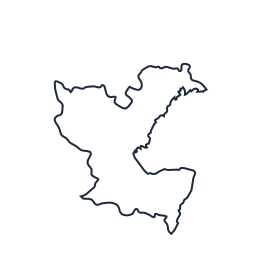 an SVG outline of Ryanggang, rotated 115°
{"feature_id": "PRK-3314", "entity_name": "Ryanggang", "entity_type": "Province", "adm_level": 1, "iso_a3": "PRK", "parent_name": "North Korea", "parent_adm1": "", "projection": "albers", "projection_center": [127.851, 41.225], "detail": "fine", "context": "isolated", "style": "outline", "palette": "slate", "viewbox_px": 256, "rotation_deg": 115, "n_neighbors": 0, "source": "natural_earth", "source_scale": "10m", "svg_char_len": 4543}
<svg xmlns="http://www.w3.org/2000/svg" viewBox="0 0 256 256"><g transform="rotate(115 128 128)"><path d="M193.0,42.4L200.5,42.7L205.6,44.0L205.4,44.9L204.5,47.2L203.1,48.7L199.7,50.9L198.3,52.5L197.4,54.5L196.8,55.5L196.1,56.1L195.0,56.2L193.0,55.4L191.9,55.7L192.2,58.0L192.4,59.0L193.4,61.7L193.6,62.6L193.8,63.5L193.8,65.3L193.9,66.2L194.3,66.9L194.9,67.1L196.8,66.4L197.5,66.5L198.1,67.3L198.2,68.5L197.8,71.2L197.7,72.6L197.7,76.2L197.9,77.6L198.4,78.7L199.5,80.7L199.7,81.9L199.2,83.3L198.3,84.4L197.7,85.4L198.1,86.6L199.2,87.2L203.3,87.5L205.4,88.9L207.3,91.4L208.5,94.4L208.7,97.3L207.2,100.0L204.9,101.9L202.9,104.0L202.1,107.4L202.6,110.9L203.9,114.2L207.3,119.7L208.3,120.8L209.5,121.8L210.4,123.0L210.9,124.6L210.6,126.2L208.9,129.0L208.3,130.5L208.7,133.5L210.0,136.3L210.9,139.0L209.9,141.8L207.7,139.3L204.7,137.5L196.5,133.8L195.3,133.5L194.1,133.6L192.2,134.2L191.3,134.2L188.0,133.2L186.9,133.3L186.6,134.6L186.7,135.9L186.6,137.7L186.4,139.4L186.1,140.7L185.1,141.8L181.9,143.0L180.6,143.8L179.8,145.2L178.4,148.1L177.4,149.4L175.1,150.6L172.4,150.7L169.5,150.5L167.0,150.7L165.7,152.2L166.1,155.0L167.2,158.2L167.8,161.0L167.6,162.7L166.6,166.2L166.3,168.0L166.1,171.7L165.9,173.5L165.5,175.3L164.9,176.5L163.7,178.7L163.3,179.9L162.9,183.9L162.5,185.1L161.6,186.4L157.9,189.7L156.7,191.0L153.6,195.9L151.6,198.0L149.3,198.3L147.0,197.2L145.0,195.2L144.0,194.4L142.9,194.2L141.7,194.3L135.5,196.5L134.4,197.4L133.7,198.5L133.1,199.9L132.7,201.6L132.0,203.2L130.9,204.5L123.7,210.3L118.6,213.2L117.2,213.6L116.3,213.4L115.8,212.3L115.7,210.4L115.8,207.5L116.0,206.3L116.7,205.0L118.2,203.3L118.6,202.5L118.8,201.1L118.7,199.6L118.3,198.5L118.3,197.4L119.2,196.2L119.7,195.1L118.7,194.7L116.2,194.6L115.2,194.4L114.4,194.0L113.7,193.4L113.1,192.4L112.6,190.7L112.1,186.9L111.4,185.4L110.5,184.6L109.6,184.1L108.7,183.5L107.9,182.3L104.7,176.6L104.3,175.3L103.9,172.6L103.4,171.2L102.3,170.2L101.0,169.8L99.9,169.3L99.7,168.0L100.4,166.8L101.5,165.8L106.3,161.9L107.6,159.6L107.4,156.9L105.5,153.8L105.1,152.5L106.2,151.9L108.5,151.8L109.7,151.4L110.6,150.6L111.2,149.4L111.5,147.9L112.0,144.0L112.1,140.6L111.1,138.1L108.3,136.7L103.0,135.5L101.0,136.3L99.7,139.4L99.3,141.5L98.9,143.2L98.0,144.5L96.5,145.0L93.2,144.7L90.0,144.0L90.1,141.8L90.0,139.0L89.6,136.3L88.9,134.4L87.2,133.1L85.0,133.1L82.7,133.9L80.9,135.2L79.8,136.7L79.0,138.2L78.0,139.6L76.4,140.6L75.4,140.7L72.3,139.8L69.9,139.6L68.9,139.2L64.4,136.2L63.0,134.8L62.0,132.8L61.6,129.9L61.3,128.6L60.5,127.5L59.6,126.4L59.5,125.7L59.8,125.1L60.1,124.1L59.5,122.4L56.9,120.2L56.1,118.2L55.6,114.6L55.3,112.8L54.7,111.2L53.3,108.8L53.1,108.1L53.4,107.4L54.4,106.3L54.6,105.5L54.2,104.6L53.4,104.3L52.6,104.3L51.9,104.5L49.1,105.8L47.7,105.8L46.3,104.6L45.8,103.4L45.3,101.8L45.1,100.2L45.3,98.9L46.2,97.8L47.2,97.6L49.5,97.9L50.9,97.6L51.6,96.8L52.1,95.6L52.9,94.1L54.1,93.2L55.5,92.5L56.7,91.7L57.4,90.1L57.4,89.3L57.3,88.5L56.9,87.0L56.6,84.7L56.5,82.2L57.1,79.1L58.3,76.3L59.7,73.7L60.0,73.1L62.6,75.2L63.3,75.1L63.6,76.5L65.2,79.2L65.9,80.5L64.6,80.4L63.7,80.8L63.4,81.8L63.7,83.3L64.5,84.4L65.6,85.2L68.0,86.2L67.8,86.6L67.4,87.6L68.7,87.9L72.7,89.5L73.8,90.5L72.1,91.2L70.4,92.1L69.0,93.5L67.9,95.4L68.5,95.5L69.2,95.7L69.8,96.1L70.2,97.1L70.8,96.9L71.9,96.2L72.6,96.4L73.0,96.9L73.3,97.4L73.7,97.6L74.3,97.1L75.4,95.0L75.9,94.6L77.0,95.2L78.8,96.5L79.9,96.8L80.6,96.6L81.1,96.3L81.7,96.2L82.2,96.8L82.3,97.5L81.8,98.2L81.2,98.7L80.7,98.9L82.0,99.5L83.5,100.0L86.5,100.4L87.3,100.2L88.6,99.7L89.2,99.6L90.0,99.9L90.5,100.4L91.0,100.8L91.3,101.1L93.0,101.2L94.2,100.7L95.3,100.0L96.6,99.6L97.9,100.0L99.3,100.7L100.6,101.1L102.0,100.4L102.1,102.8L103.2,103.9L106.2,104.7L108.8,106.5L109.4,106.8L110.1,106.5L110.9,105.1L111.3,105.1L113.4,105.9L120.8,106.1L122.8,105.4L124.2,106.4L125.8,106.7L127.0,106.1L127.6,104.4L128.3,103.6L130.0,103.1L133.2,102.6L135.5,104.7L136.3,104.3L137.0,103.6L137.6,102.6L138.5,103.7L138.6,105.6L138.4,107.4L138.7,108.6L139.4,108.7L140.2,108.5L141.5,107.8L141.2,110.1L142.5,111.1L144.4,111.1L145.6,110.0L146.8,110.6L145.7,112.1L148.9,112.4L152.0,109.4L159.9,94.8L161.1,90.8L159.5,88.6L159.4,86.7L158.4,84.6L157.0,82.9L154.9,81.9L151.9,79.5L149.8,77.5L149.5,75.2L148.7,73.1L145.0,66.0L144.5,64.1L141.9,63.2L141.2,61.7L140.6,60.1L139.0,51.3L139.1,49.7L140.1,48.3L141.7,47.8L145.2,47.7L157.6,44.2L165.5,44.8L167.3,45.4L168.9,46.6L172.5,46.4L175.1,47.7L176.2,47.9L179.4,46.6L180.1,46.7L181.0,47.3L181.7,47.0L182.8,45.3L183.5,44.6L184.3,44.3L190.1,44.7L192.2,44.2L193.0,42.4Z" fill="none" stroke="#1e293b" stroke-width="2"/></g></svg>